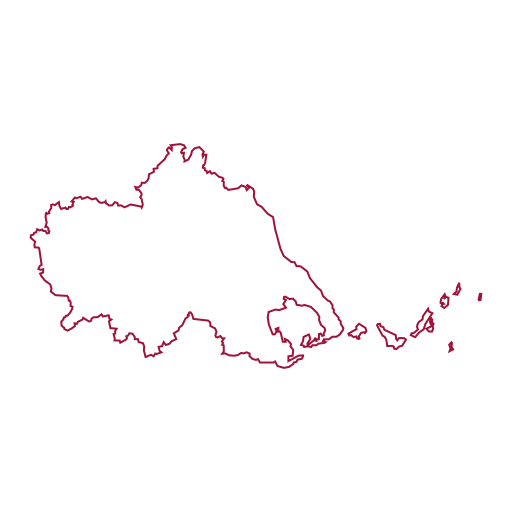 the district of Thessalias, Thessalia, Greece
{"feature_id": "26713481B23289270995723", "entity_name": "Thessalias", "entity_type": "district", "adm_level": 2, "iso_a3": "GRC", "parent_name": "Greece", "parent_adm1": "Thessalia", "projection": "orthographic", "projection_center": [22.955, 39.583], "detail": "fine", "context": "isolated", "style": "outline", "palette": "rose", "viewbox_px": 512, "rotation_deg": 0, "n_neighbors": 0, "source": "geoboundaries", "source_scale": "gbopen_adm2", "svg_char_len": 6026}
<svg xmlns="http://www.w3.org/2000/svg" viewBox="0 0 512 512"><path d="M170.7,145.2L171.8,147.1L171.7,150.0L169.0,147.4L167.6,148.6L166.9,150.3L168.8,153.4L166.5,155.7L164.7,159.2L157.6,165.8L157.4,168.3L153.6,168.8L153.9,171.8L149.0,174.3L148.6,178.3L147.2,180.8L144.8,182.9L141.8,182.7L141.1,185.4L138.0,187.6L135.3,187.0L136.4,189.7L139.1,190.0L141.5,193.4L141.5,195.3L140.2,197.1L141.6,199.1L142.8,204.7L141.7,207.5L141.3,206.6L130.7,204.5L124.6,207.3L121.1,205.4L118.3,205.6L117.3,203.0L114.9,202.2L112.2,205.3L109.1,205.5L106.0,203.3L105.6,201.2L104.8,202.2L101.0,202.9L98.9,201.9L95.9,198.3L92.1,199.4L87.6,197.0L82.1,198.9L80.6,196.8L76.3,198.2L74.9,197.5L71.6,201.4L73.7,201.8L72.4,204.4L73.1,205.6L70.4,207.3L68.9,207.0L67.9,209.0L66.4,209.0L65.5,207.6L61.1,208.9L59.5,206.2L58.9,202.1L55.0,205.1L52.8,204.4L51.1,205.0L51.3,207.9L48.9,211.8L49.3,213.1L47.4,213.8L46.3,212.9L45.8,213.7L45.6,217.7L46.7,222.5L45.4,226.9L46.7,226.6L48.4,228.3L48.3,230.4L49.4,231.2L48.8,233.1L46.8,233.4L45.6,231.1L43.3,231.0L42.2,229.5L39.5,230.5L37.2,229.2L36.0,232.4L34.1,232.8L33.5,234.6L30.9,235.3L30.7,237.8L35.2,241.7L34.3,244.9L34.8,247.3L38.8,247.7L39.3,249.0L41.6,264.9L39.7,266.0L38.4,269.0L40.5,269.8L43.2,269.2L43.1,272.5L40.1,273.6L41.1,275.7L44.8,280.5L50.2,284.4L51.5,288.3L50.8,291.5L55.5,295.2L67.2,295.9L68.4,297.7L68.7,300.6L70.0,300.8L70.7,302.7L70.6,306.1L72.5,306.7L72.2,308.8L70.0,312.9L67.4,315.7L65.9,315.8L65.3,317.1L63.7,317.7L63.4,319.4L61.3,321.5L61.6,325.8L64.1,327.6L64.4,329.1L67.6,330.6L71.8,328.3L74.9,326.1L74.6,323.3L76.8,323.9L77.8,321.9L82.5,319.5L83.2,317.8L89.0,321.5L90.9,321.0L91.5,318.8L93.2,317.4L97.8,317.1L101.5,314.3L102.9,316.5L108.7,315.3L109.5,318.8L111.3,319.5L109.0,321.3L110.4,328.1L116.6,328.7L115.2,330.9L115.1,333.5L113.6,334.1L114.8,338.6L114.5,340.4L119.7,340.6L120.3,342.7L125.7,339.8L127.0,338.2L126.3,336.3L128.1,335.5L129.4,333.3L132.5,333.7L134.7,336.9L134.8,339.1L137.9,339.1L138.7,342.1L142.9,343.1L144.2,346.4L143.9,350.5L145.6,357.0L151.0,354.8L153.6,356.3L155.3,353.5L156.6,354.0L161.4,352.3L159.6,350.9L158.6,346.9L162.0,346.2L163.7,342.1L165.9,345.0L169.5,343.7L171.6,341.2L176.3,339.1L173.8,333.3L178.5,330.5L179.3,327.5L182.2,325.3L185.5,318.5L187.8,316.9L187.8,315.2L188.8,315.3L188.4,314.2L189.3,312.4L190.5,312.3L192.2,314.6L193.4,318.9L208.2,320.6L210.2,322.5L210.4,326.0L215.1,328.4L216.5,331.8L215.4,335.3L216.0,337.0L217.6,337.5L220.3,336.0L222.3,338.4L224.1,338.4L221.9,341.5L223.0,342.8L222.2,344.8L223.7,345.4L223.8,351.4L222.2,353.7L225.2,353.4L229.2,355.3L233.9,355.7L237.6,355.2L241.1,353.0L244.0,353.4L246.5,352.3L249.7,353.6L249.5,356.1L252.4,358.9L256.0,359.9L258.0,359.1L260.0,362.5L273.4,362.5L275.1,361.5L277.5,366.0L284.1,367.9L289.2,366.8L293.3,363.9L293.7,362.5L296.4,361.9L297.6,359.6L301.8,358.8L303.2,356.2L303.0,355.4L298.6,355.6L288.4,361.1L288.4,356.3L292.6,355.8L293.2,350.0L290.5,346.3L291.0,344.0L288.0,340.5L284.9,339.0L285.6,341.8L282.9,341.8L280.7,332.7L279.6,331.4L278.1,331.6L278.4,327.9L275.7,328.9L276.5,331.6L274.8,334.4L272.7,334.3L268.9,324.7L267.7,317.3L268.6,312.0L275.7,309.5L279.2,310.1L286.0,307.7L283.3,304.1L285.9,300.0L283.7,298.9L284.0,297.0L285.3,296.6L289.6,299.1L292.9,298.6L295.7,301.4L296.7,304.8L302.0,305.7L304.5,305.0L310.9,306.9L316.9,312.7L319.4,317.0L319.0,319.8L320.9,324.8L324.6,328.0L325.2,330.3L323.7,333.5L323.8,335.4L322.2,335.9L320.8,333.6L319.0,334.0L318.9,339.1L317.8,339.6L315.1,338.3L314.7,338.8L315.9,340.7L313.9,340.3L309.1,344.2L307.5,344.6L307.4,343.6L310.3,338.9L308.9,334.5L303.6,336.9L303.0,341.2L301.0,344.9L303.8,345.7L304.1,346.9L308.7,346.3L311.1,347.1L312.5,345.2L316.3,345.3L318.4,343.7L324.7,342.8L325.7,342.0L322.9,341.0L323.9,339.3L328.9,339.3L332.4,336.7L336.3,336.8L339.6,334.6L342.6,330.6L343.4,328.1L340.8,324.0L340.7,321.3L338.6,319.3L338.6,317.6L333.7,312.2L333.9,309.6L332.6,308.4L332.4,305.0L329.7,301.2L327.7,300.5L323.0,296.0L321.0,290.5L317.3,287.4L310.0,278.2L307.3,271.5L300.6,266.3L296.5,266.1L294.6,262.3L291.2,261.9L283.7,256.0L280.4,248.6L275.1,229.0L273.1,217.1L267.7,213.8L261.7,206.9L257.0,204.2L253.8,196.8L254.2,191.5L253.0,188.7L246.7,184.7L248.9,187.8L246.8,190.1L245.5,186.9L241.5,185.4L238.0,188.3L228.3,189.9L226.0,187.6L225.0,188.0L223.7,185.8L223.8,181.9L222.3,180.9L223.5,178.9L222.6,177.8L218.8,176.7L214.5,172.8L211.5,173.7L210.0,171.1L207.2,173.0L206.6,171.0L204.9,170.2L204.7,168.2L202.8,167.7L203.1,165.3L204.3,164.9L205.2,162.4L206.3,154.7L204.1,154.7L202.9,156.6L202.5,154.3L203.8,151.6L199.4,147.1L194.7,148.3L191.9,151.1L191.2,154.5L188.3,159.6L184.5,161.4L184.7,159.7L183.3,156.7L183.9,152.8L181.6,153.2L181.1,152.1L182.6,149.1L185.6,147.8L184.0,145.3L180.2,144.1L170.7,145.2ZM395.7,335.1L384.4,329.8L383.4,327.2L380.5,326.1L380.0,323.8L377.8,324.1L377.0,325.2L382.5,335.6L384.8,337.0L386.3,339.8L387.2,346.0L392.5,345.9L393.8,346.7L394.2,348.6L396.4,349.1L399.0,346.6L402.2,345.7L406.0,339.6L404.2,338.2L400.4,338.0L398.7,338.2L397.3,340.3L396.1,338.8L395.7,335.1ZM418.9,332.6L423.7,329.3L425.4,323.9L432.4,313.2L428.8,311.5L428.1,308.7L422.9,316.2L422.5,319.4L418.9,321.9L417.5,324.4L417.0,326.7L418.0,329.5L413.6,333.1L411.5,333.4L410.8,335.1L415.1,337.2L418.9,332.6ZM366.4,331.1L365.4,327.8L359.0,323.8L356.2,326.6L356.5,329.1L348.4,333.7L349.3,335.5L351.1,335.1L353.5,337.1L356.5,336.4L357.1,338.5L358.9,338.9L359.5,338.5L358.8,336.4L361.1,332.9L364.0,332.2L364.9,333.1L366.4,331.1ZM444.0,299.1L445.4,296.1L444.7,294.2L441.1,299.1L440.5,302.8L441.3,303.5L442.8,302.8L444.0,303.9L442.5,304.4L441.5,306.1L444.3,308.0L448.0,304.8L448.5,297.8L445.8,296.8L444.0,299.1ZM430.9,317.9L429.9,322.0L431.9,326.1L426.3,328.7L428.9,331.5L432.0,331.6L433.2,328.4L432.6,326.5L433.5,323.6L432.0,322.8L432.1,319.5L430.9,317.9ZM457.3,294.7L460.5,288.8L459.4,287.3L459.2,282.8L456.9,287.9L456.5,291.6L453.8,293.9L457.3,294.7ZM449.6,351.2L453.1,349.4L451.5,346.9L452.0,343.2L451.4,342.3L449.2,344.7L450.5,348.7L449.6,351.2ZM481.3,293.8L479.9,293.9L478.6,299.5L479.1,300.3L480.5,300.0L481.3,293.8Z" fill="none" stroke="#9f1239" stroke-width="2"/></svg>